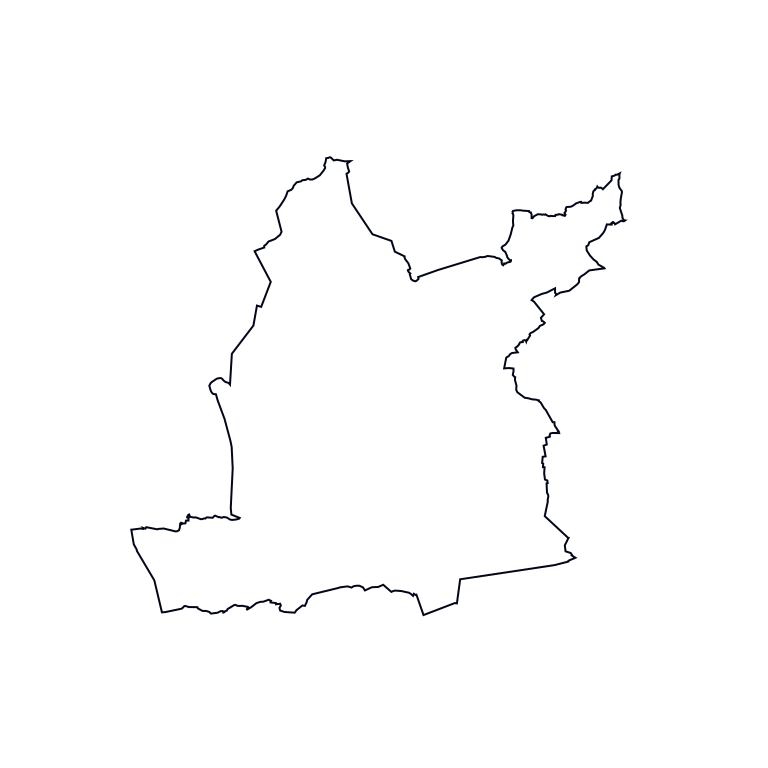 Zacapu, Michoacán, Mexico, rotated 74°
{"feature_id": "50627088B28072853105551", "entity_name": "Zacapu", "entity_type": "district", "adm_level": 2, "iso_a3": "MEX", "parent_name": "Mexico", "parent_adm1": "Michoacán", "projection": "equal_earth", "projection_center": [-101.852, 19.83], "detail": "fine", "context": "isolated", "style": "outline", "palette": "ink", "viewbox_px": 768, "rotation_deg": 74, "n_neighbors": 0, "source": "geoboundaries", "source_scale": "gbopen_adm2", "svg_char_len": 6163}
<svg xmlns="http://www.w3.org/2000/svg" viewBox="0 0 768 768"><g transform="rotate(74 384 384)"><path d="M542.3,660.4L543.0,656.8L544.2,640.5L543.4,638.6L542.6,637.6L542.5,636.3L544.6,633.1L547.1,624.9L548.4,624.8L552.1,621.0L553.0,617.8L554.9,614.8L557.0,613.6L558.0,607.1L557.3,603.6L557.9,601.5L559.4,601.5L559.3,600.2L558.5,599.2L558.5,597.6L557.1,596.2L556.4,592.9L556.0,592.6L556.0,591.7L555.2,589.0L555.4,587.6L556.8,586.1L557.7,583.5L558.1,581.5L560.7,576.3L561.0,576.1L562.7,577.9L563.1,577.7L561.9,573.1L559.5,567.1L559.3,563.2L560.0,559.8L559.6,554.3L561.3,552.4L561.9,553.1L562.7,553.3L564.8,548.2L565.2,548.0L566.0,548.4L566.6,544.4L568.4,544.2L570.4,546.2L573.1,546.3L575.7,542.5L579.2,532.9L577.3,530.5L574.4,523.5L575.5,521.2L572.3,518.4L570.4,517.4L566.5,511.2L566.4,510.4L567.5,483.4L567.3,482.7L568.1,477.3L568.5,474.8L570.7,471.3L570.1,469.4L570.1,468.0L570.4,465.8L571.1,463.3L573.7,460.3L577.2,459.2L576.0,451.7L577.5,445.6L576.8,440.1L585.9,434.2L585.6,432.7L585.6,430.4L587.8,424.4L591.5,417.6L593.1,416.1L595.7,414.5L593.9,413.1L595.9,411.4L595.7,410.9L617.0,409.7L614.1,376.3L615.0,374.4L592.7,364.6L605.1,269.9L605.5,255.7L604.7,255.4L603.8,247.9L600.5,250.8L600.2,250.4L597.9,251.1L594.9,255.6L589.0,254.7L582.8,249.1L582.7,249.4L555.3,265.9L542.1,258.9L541.2,258.9L537.3,257.0L535.5,256.8L533.5,257.3L524.3,255.1L524.4,254.0L521.8,253.6L520.2,255.6L514.1,254.7L508.3,252.6L507.8,254.1L504.4,252.9L503.6,253.8L497.7,251.5L498.1,248.6L487.3,247.6L487.0,244.2L480.3,243.3L480.5,239.3L480.0,238.9L479.3,239.1L477.4,237.8L477.5,235.5L479.4,229.4L477.7,229.8L477.8,229.2L471.7,231.2L470.2,231.3L467.7,230.7L467.2,232.4L453.7,235.6L451.1,236.9L445.0,238.5L442.9,240.1L442.4,239.7L440.9,242.3L439.6,245.8L437.6,249.0L436.0,252.5L428.7,258.1L425.9,258.5L422.1,257.1L416.1,257.0L413.6,256.0L413.0,256.7L410.8,257.7L407.3,255.9L404.8,255.3L403.1,259.5L402.1,264.2L392.3,259.2L391.5,256.3L390.0,254.4L389.5,252.4L390.4,246.7L386.9,247.9L385.3,247.7L384.7,245.3L384.3,245.2L383.3,243.2L382.4,242.8L381.5,241.5L381.9,239.3L381.3,239.4L380.6,238.3L380.6,236.8L381.5,235.7L382.4,235.6L380.9,234.7L381.3,234.2L377.6,230.2L376.4,230.4L375.5,229.2L375.0,226.2L372.8,220.1L371.1,218.1L370.6,214.2L369.5,212.6L367.7,213.7L366.9,214.9L363.6,214.9L361.1,210.9L346.2,217.1L344.0,219.0L342.0,215.9L340.9,207.5L341.0,202.5L339.2,193.2L343.4,194.4L345.2,193.6L346.0,194.3L344.7,189.4L345.4,180.2L341.5,170.8L339.9,168.5L336.2,167.3L335.8,166.1L335.1,165.6L333.7,160.9L331.4,155.3L333.6,140.2L333.0,140.4L328.3,145.0L325.3,145.8L322.0,148.3L317.3,150.6L311.6,152.3L307.5,151.6L306.9,149.4L304.3,147.6L302.8,137.1L299.0,131.3L296.5,128.9L292.0,125.8L293.8,120.5L292.5,121.7L292.1,121.0L292.4,120.7L291.4,119.4L291.5,119.2L292.2,119.7L292.9,118.1L294.2,117.9L292.4,110.8L293.4,109.5L293.7,108.4L293.2,107.1L292.7,108.3L289.7,109.0L288.1,108.5L279.8,108.8L276.7,107.0L275.2,106.9L271.7,105.6L265.0,102.3L263.9,102.3L260.3,103.6L257.1,103.6L252.4,102.3L251.5,101.1L247.3,99.9L246.5,99.3L247.1,102.4L246.6,103.5L247.1,104.6L247.3,105.8L247.2,107.8L251.0,109.2L257.1,119.9L255.2,121.1L254.6,123.4L253.9,124.1L253.0,124.5L253.9,125.1L254.9,126.7L255.0,127.6L255.8,127.9L256.0,129.0L256.7,129.8L259.2,131.1L260.8,131.4L264.8,134.4L265.0,135.5L266.1,138.1L265.0,141.1L264.3,144.4L263.2,144.4L263.0,145.4L263.4,149.9L264.5,152.5L265.0,154.8L265.0,156.1L264.2,159.5L264.5,160.2L266.3,161.4L267.6,161.2L269.4,163.4L271.3,162.8L272.1,163.5L272.2,164.0L271.2,165.2L271.1,165.8L270.6,165.8L268.9,169.2L269.2,170.1L268.7,172.5L269.7,173.1L269.3,175.0L268.3,177.5L268.4,178.7L267.4,180.3L265.4,182.0L265.6,182.8L264.9,184.1L264.9,185.4L264.4,186.0L263.2,189.3L264.1,193.6L265.6,195.5L265.4,196.0L265.2,196.4L261.8,195.4L259.5,195.6L259.4,196.2L258.4,197.1L257.7,197.0L255.7,202.6L254.6,204.9L253.5,208.9L253.2,212.3L253.7,212.9L255.2,213.1L255.5,213.4L256.0,213.1L257.7,213.2L262.8,215.1L267.6,216.1L268.7,217.3L275.0,220.9L280.5,224.8L283.5,228.8L284.5,232.4L285.5,233.4L288.1,232.8L290.5,231.0L295.0,230.4L296.2,230.6L299.6,229.0L299.9,227.8L300.6,227.9L301.4,228.9L301.2,232.0L301.9,234.3L301.2,235.2L302.7,236.6L302.0,237.3L301.1,237.6L299.0,237.3L297.7,236.7L294.9,238.9L293.9,241.1L292.3,242.7L290.0,247.9L289.4,249.7L289.7,251.1L289.3,254.3L288.5,256.5L289.3,300.6L290.6,321.7L292.4,321.8L293.7,324.1L293.9,325.6L292.4,327.8L290.7,329.0L285.6,329.0L285.0,328.2L283.2,329.4L281.4,329.8L280.9,329.3L281.0,328.0L280.3,326.9L274.7,327.3L270.0,329.2L267.7,329.4L267.0,329.0L259.8,337.1L248.5,337.4L236.9,353.8L201.5,365.1L171.6,362.1L171.0,360.1L170.1,358.9L166.2,359.1L161.9,358.7L160.5,354.8L159.2,360.2L155.5,367.4L155.2,370.7L151.8,372.6L151.1,373.6L151.3,375.4L151.0,377.3L154.5,379.0L157.5,381.3L159.0,380.8L160.1,381.0L162.3,383.4L165.7,388.2L167.3,393.6L167.7,396.6L166.9,399.0L165.6,400.5L166.2,403.0L165.6,406.3L166.3,407.9L166.1,412.4L168.5,416.1L170.6,417.7L171.8,419.7L172.2,423.5L176.1,426.2L179.3,429.2L184.7,435.5L187.7,439.9L209.4,440.5L211.9,442.7L214.6,448.9L215.2,455.7L217.4,458.9L218.0,460.8L218.7,461.3L219.8,461.5L220.1,467.5L220.7,471.8L254.6,464.7L276.0,480.8L273.6,484.5L291.8,493.4L313.0,521.9L342.1,532.2L340.2,533.0L338.3,535.9L336.2,537.4L334.4,538.1L333.6,538.9L333.1,539.9L332.8,542.5L332.9,543.6L334.6,548.9L335.3,550.3L337.5,552.4L342.4,552.4L344.9,551.9L346.6,550.8L347.5,548.4L354.0,548.4L373.7,546.9L396.3,547.3L402.6,547.8L423.4,552.7L461.0,565.5L467.5,566.7L473.0,559.6L473.5,560.3L473.5,563.5L472.8,567.5L471.9,569.3L469.1,571.8L467.8,574.4L467.6,575.1L467.9,576.1L467.4,577.8L466.6,578.6L466.5,579.6L464.0,582.6L464.2,583.7L465.1,585.0L465.3,585.8L463.4,590.9L463.5,591.7L464.1,592.7L463.6,594.0L463.8,596.0L463.4,597.4L460.3,601.7L460.0,603.5L458.2,607.0L455.7,607.3L456.1,608.6L457.3,609.4L457.6,610.0L458.0,610.0L458.7,608.4L459.5,609.1L461.4,609.6L460.7,612.0L463.2,613.3L462.8,615.4L461.4,617.3L461.9,618.3L462.5,618.5L463.0,617.7L463.2,618.9L465.9,619.9L468.1,621.4L468.5,623.5L468.3,624.9L462.2,635.6L461.1,640.9L461.3,641.8L456.1,652.0L457.3,653.2L456.3,654.7L456.7,654.5L457.0,655.4L455.9,657.5L454.4,667.1L469.1,668.7L474.9,667.4L476.5,667.5L509.4,658.9L542.3,660.4Z" fill="none" stroke="#020617" stroke-width="2"/></g></svg>